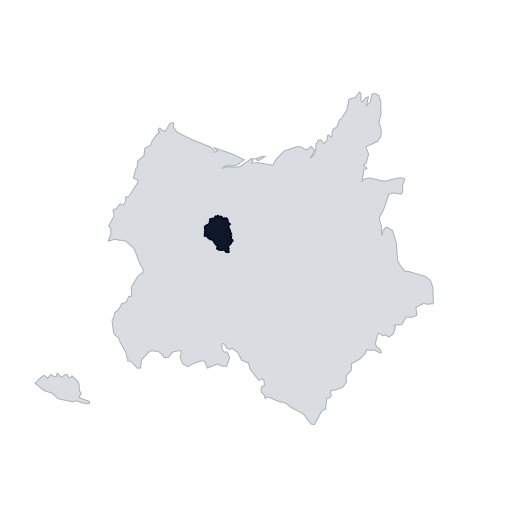 France, with Corrèze highlighted, rotated 104°
{"feature_id": "FRA-5280", "entity_name": "Corrèze", "entity_type": "Metropolitan department", "adm_level": 1, "iso_a3": "FRA", "parent_name": "France", "parent_adm1": "", "projection": "mercator", "projection_center": [1.862, 45.347], "detail": "fine", "context": "in_parent", "style": "filled", "palette": "ink", "viewbox_px": 512, "rotation_deg": 104, "n_neighbors": 0, "source": "natural_earth", "source_scale": "10m", "svg_char_len": 6518}
<svg xmlns="http://www.w3.org/2000/svg" viewBox="0 0 512 512"><g transform="rotate(104 256 256)"><path d="M392.0,212.6L388.9,214.4L386.9,217.9L384.9,218.8L381.3,218.8L379.5,216.6L375.1,218.0L373.4,220.3L376.0,223.0L367.3,234.4L361.8,237.3L360.6,244.7L354.1,250.2L351.7,255.9L351.5,257.1L353.1,259.0L352.4,262.7L349.1,265.1L349.2,267.5L350.1,267.9L355.1,266.0L357.0,263.7L356.0,260.7L361.1,257.0L370.1,257.9L371.2,262.9L370.0,267.0L376.5,276.0L370.9,280.1L370.5,282.9L376.3,291.9L380.0,295.5L378.0,301.5L371.9,305.4L368.0,305.0L366.3,306.0L366.5,307.9L369.1,313.3L375.8,316.7L376.8,320.8L374.9,322.2L371.9,328.3L373.2,331.3L372.7,332.6L373.4,334.7L375.1,336.7L384.3,341.9L392.6,340.9L393.6,343.9L388.5,351.8L388.8,355.3L386.3,355.4L385.8,356.6L380.7,359.2L372.4,367.1L368.6,369.5L367.0,373.5L364.8,375.7L352.9,380.2L350.7,379.2L345.0,379.3L341.4,376.5L334.5,374.6L332.2,370.5L325.8,369.7L325.4,366.9L316.4,369.5L303.7,365.6L299.2,361.6L295.5,362.7L292.2,366.3L278.5,375.9L273.1,385.8L274.1,397.3L277.3,403.0L269.0,402.1L264.0,403.8L262.7,406.2L251.0,403.3L246.6,405.7L245.4,405.5L243.9,403.1L238.1,400.4L239.0,398.5L238.2,396.8L232.7,395.5L230.8,397.1L228.8,393.8L213.6,388.6L211.1,388.6L210.1,393.8L200.3,393.7L198.9,392.8L192.6,393.8L185.8,389.0L178.4,389.9L173.8,384.9L169.3,384.6L163.0,382.0L160.2,380.7L159.8,379.2L157.9,381.5L155.6,381.0L155.1,380.3L156.6,377.5L156.9,374.2L149.0,371.8L146.9,369.5L146.9,368.2L151.1,367.1L155.0,362.6L158.6,346.2L161.2,326.5L163.1,322.8L165.6,321.8L163.6,319.0L161.2,322.6L162.7,304.4L165.5,290.7L172.1,296.3L173.7,298.8L175.6,306.9L179.4,310.3L176.9,307.0L174.5,296.2L173.0,293.1L162.5,283.9L162.1,281.8L166.8,282.9L164.9,276.0L163.8,261.5L157.4,260.0L147.1,253.8L140.0,242.6L139.2,238.4L141.1,233.9L139.4,231.1L136.4,229.1L138.7,225.3L140.8,224.9L148.3,227.1L142.2,223.5L132.4,224.7L128.4,223.4L127.7,220.7L130.4,217.3L127.1,215.1L121.5,215.6L120.8,214.7L122.5,212.3L121.0,211.3L116.4,212.3L113.8,211.5L111.4,208.7L103.9,208.0L102.3,206.4L92.0,203.1L81.3,203.7L78.3,198.0L71.8,195.3L73.1,193.5L79.6,191.8L80.9,190.2L76.1,187.8L74.4,185.5L83.2,185.0L79.2,182.4L70.7,182.6L69.6,179.2L70.7,175.7L75.6,172.5L87.9,169.1L96.9,169.0L103.2,164.9L109.5,163.8L115.4,165.8L123.5,175.8L129.9,171.4L139.5,171.5L141.5,174.0L144.0,169.5L146.1,172.1L157.8,171.2L155.1,169.5L152.9,165.2L152.4,149.4L146.4,137.9L144.9,133.7L145.3,130.2L152.3,130.8L158.1,129.2L160.9,130.3L161.5,137.8L164.0,142.0L180.1,143.4L189.4,145.7L197.2,141.5L204.5,139.6L205.1,138.6L200.9,139.0L197.0,137.2L196.5,135.2L198.5,129.4L209.7,122.9L226.1,117.5L230.3,113.8L235.1,107.1L234.1,105.4L234.8,87.2L237.2,81.2L243.5,76.8L259.4,72.4L261.4,78.3L261.3,81.6L265.5,86.7L267.6,88.3L274.6,85.5L277.9,90.3L278.9,95.7L287.3,98.0L289.7,105.0L291.3,103.4L296.5,103.7L299.0,104.3L302.4,107.4L301.4,111.6L302.8,113.6L301.4,117.4L302.4,119.0L312.0,119.0L314.9,117.3L316.2,113.5L319.2,111.2L320.2,111.9L318.4,119.0L319.7,120.9L320.4,126.0L324.1,126.4L331.1,130.4L337.1,137.1L344.4,136.0L350.2,139.7L356.2,137.8L361.9,139.8L363.8,141.8L369.1,151.1L373.1,149.2L376.0,150.3L376.9,153.0L387.7,151.4L389.7,154.1L391.9,155.0L405.5,158.5L405.7,162.0L397.8,171.9L394.3,185.9L392.0,190.7L391.2,194.3L391.8,196.7L391.4,200.5L389.8,209.5L390.7,212.1L392.0,212.6ZM440.6,389.7L439.9,394.9L441.8,398.7L442.4,413.6L438.5,420.7L437.8,429.4L432.9,439.6L425.3,435.0L423.0,432.5L425.1,428.6L420.7,426.5L421.8,422.7L421.3,420.7L418.2,420.6L418.0,419.6L420.3,416.6L420.3,414.8L417.3,412.5L416.8,410.4L419.6,408.1L418.3,406.1L416.7,405.6L420.6,398.8L423.2,396.7L429.2,394.8L431.7,392.3L435.6,393.6L436.2,393.0L437.5,382.2L438.9,382.0L440.1,383.5L440.6,389.7ZM163.0,276.8L162.0,280.1L158.0,274.4L157.5,271.3L163.0,276.8Z" fill="#d9dde1" stroke="#a8b0b8" stroke-width="1"/><path d="M242.2,285.6L242.4,285.6L243.4,285.1L243.0,284.6L243.7,284.6L245.2,284.3L245.5,283.6L245.9,283.0L246.3,282.4L246.8,282.2L247.2,282.2L247.4,282.2L247.6,282.4L248.1,282.9L248.4,283.1L250.3,283.4L253.3,285.3L253.6,285.4L254.0,285.3L254.3,285.2L254.6,284.9L255.0,284.1L257.1,284.1L257.7,283.8L258.5,283.1L259.2,283.9L259.4,284.5L259.4,285.3L259.4,285.9L259.3,286.3L259.3,286.5L259.2,286.6L259.1,286.8L258.5,287.1L258.3,287.3L258.1,287.5L257.8,288.7L257.9,289.0L258.0,289.3L258.5,289.8L258.6,290.2L258.7,290.6L258.7,291.3L258.7,291.8L258.7,292.2L258.8,292.3L259.2,292.6L258.7,294.9L258.5,295.7L258.3,295.9L258.1,296.0L257.2,295.9L256.6,295.6L256.2,295.3L256.0,295.1L255.9,295.1L255.7,295.1L255.1,295.2L254.9,295.3L254.9,295.5L255.0,295.7L255.2,295.8L255.3,295.9L255.3,296.0L255.4,296.3L255.3,296.5L255.0,297.3L254.8,297.8L254.7,297.9L254.5,298.0L254.3,298.1L253.5,299.5L253.3,299.7L252.8,300.0L252.3,300.1L252.1,300.2L252.1,300.4L251.9,301.1L251.8,301.3L250.8,302.1L250.8,302.4L250.7,302.6L250.7,302.9L250.8,303.2L251.0,303.5L251.2,304.1L251.1,304.5L250.6,305.7L250.4,306.0L250.3,306.4L250.1,306.9L249.9,307.2L249.7,307.4L248.7,308.2L248.5,308.5L248.5,308.8L248.6,309.0L249.1,310.0L249.2,310.3L249.2,310.5L249.0,310.8L248.8,310.9L247.9,311.0L247.3,311.3L245.9,311.3L245.3,311.4L245.2,311.4L244.5,311.8L244.3,311.8L244.2,311.8L244.1,311.6L243.8,311.5L243.6,311.5L243.3,311.5L241.9,312.4L240.5,312.8L239.9,312.8L239.6,312.8L239.5,312.6L239.3,312.5L239.1,312.3L238.8,312.1L238.3,311.8L238.1,311.6L238.0,311.4L237.9,311.2L237.7,310.9L236.9,310.1L236.0,309.5L235.6,309.3L234.8,309.1L234.5,309.1L233.9,309.4L233.7,309.1L233.6,308.9L233.5,308.7L233.3,308.7L233.1,308.8L232.9,309.1L232.4,309.3L232.1,309.5L231.6,309.8L231.3,309.3L230.9,308.9L230.7,308.6L230.5,308.2L230.2,307.8L230.0,307.2L229.9,306.9L230.0,306.6L230.0,306.4L230.1,306.1L230.2,305.7L229.8,305.4L228.4,305.5L228.1,305.4L227.7,305.3L227.2,305.0L227.0,304.7L226.9,304.4L227.0,304.2L227.2,303.8L227.3,303.5L227.2,303.2L226.8,303.0L226.3,303.0L226.0,302.9L225.9,302.7L226.0,302.3L226.1,302.1L226.8,301.5L227.0,301.3L227.0,301.0L226.9,300.7L226.5,300.5L226.1,300.2L226.0,299.9L226.0,299.7L226.2,299.2L226.2,298.8L226.3,298.5L226.5,298.3L226.9,298.1L227.3,297.5L227.9,297.0L228.1,296.8L228.2,296.5L228.1,296.2L227.8,296.1L227.5,296.2L227.3,296.2L227.0,296.2L226.8,295.9L226.7,295.7L226.8,295.4L226.9,295.2L227.0,294.9L227.2,294.7L227.3,294.3L227.2,294.1L226.8,293.9L226.5,294.0L226.3,293.9L226.5,293.5L227.0,292.7L227.7,292.1L228.3,291.9L228.8,291.8L229.3,291.6L230.3,290.8L230.6,290.3L231.3,288.7L232.9,289.8L234.4,289.6L237.9,287.0L239.2,286.5L239.7,286.0L239.9,285.6L240.2,285.2L240.7,285.2L240.9,285.3L241.2,285.6L241.4,285.7L241.8,285.6L242.0,285.6L242.2,285.6Z" fill="#0f172a" stroke="#020617" stroke-width="1.5"/></g></svg>